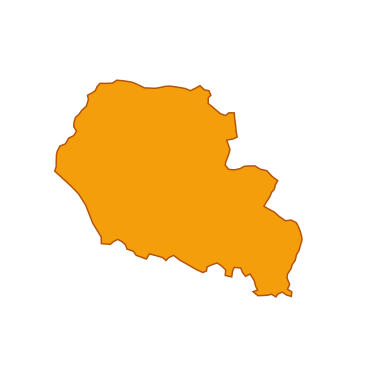 outline of Aramina, São Paulo, Brazil, rotated 304°
{"feature_id": "56859067B67671022850152", "entity_name": "Aramina", "entity_type": "district", "adm_level": 2, "iso_a3": "BRA", "parent_name": "Brazil", "parent_adm1": "São Paulo", "projection": "equal_earth", "projection_center": [-47.817, -20.156], "detail": "fine", "context": "isolated", "style": "filled", "palette": "amber", "viewbox_px": 384, "rotation_deg": 304, "n_neighbors": 0, "source": "geoboundaries", "source_scale": "gbopen_adm2", "svg_char_len": 1935}
<svg xmlns="http://www.w3.org/2000/svg" viewBox="0 0 384 384"><g transform="rotate(304 192 192)"><path d="M98.5,145.7L103.0,153.6L107.1,154.7L111.2,156.9L111.7,162.0L111.0,166.4L108.3,170.1L110.1,176.5L108.3,181.1L110.9,191.6L116.9,191.4L118.8,196.8L121.2,204.1L120.7,208.8L124.3,209.3L129.2,212.2L128.7,219.8L129.3,226.9L130.1,238.6L131.3,246.0L134.7,248.2L138.2,246.4L142.2,248.7L147.2,252.5L147.2,258.5L146.2,263.5L141.4,266.2L143.8,272.4L149.0,269.9L153.1,269.2L156.2,274.8L153.4,279.3L152.0,283.5L156.5,286.1L153.3,293.2L149.7,297.1L147.3,301.3L143.5,298.3L142.9,304.6L145.8,308.6L148.7,312.4L151.7,315.1L152.0,320.3L155.3,320.2L159.5,322.7L159.5,328.3L161.0,332.7L165.0,330.6L164.8,325.5L169.9,324.7L173.9,318.8L177.3,317.1L184.2,316.9L187.6,315.7L193.0,315.8L198.5,313.7L202.9,313.5L213.8,310.0L216.5,307.7L220.1,303.5L222.7,299.7L224.9,295.6L224.2,289.9L220.4,285.5L220.5,277.5L221.4,271.4L220.7,264.8L220.4,259.6L224.5,259.3L230.9,259.2L236.5,258.2L240.4,258.7L244.2,257.2L249.3,256.7L249.7,249.8L251.5,242.1L249.0,235.6L248.8,229.6L245.6,224.9L242.6,221.0L238.2,218.8L234.0,214.7L231.3,209.8L232.9,204.4L236.8,202.9L242.7,201.7L248.5,199.7L254.4,191.7L258.6,196.1L262.8,198.7L266.3,195.3L272.7,190.0L277.4,185.8L281.2,182.8L278.3,178.3L274.3,177.2L272.8,171.9L274.5,155.9L279.2,152.8L282.7,153.6L285.5,149.3L283.6,145.2L284.6,139.1L280.5,137.1L275.2,134.1L274.0,128.6L272.3,124.6L269.9,119.4L267.2,114.1L264.6,110.7L261.2,107.5L257.4,103.6L254.4,98.7L251.7,94.3L250.8,87.4L249.7,81.6L247.8,77.1L245.4,72.1L242.6,67.1L237.8,65.2L233.5,59.3L230.6,54.9L226.2,54.4L222.1,55.2L217.8,53.5L213.8,51.3L210.7,54.4L204.0,56.4L197.9,54.9L193.5,54.9L188.8,53.7L183.9,55.2L180.1,57.4L177.9,62.1L172.8,62.5L167.5,59.6L161.1,60.1L156.2,56.8L150.9,57.4L147.4,58.6L141.4,62.4L137.1,65.2L132.5,66.6L131.4,74.5L129.2,88.7L127.1,98.8L121.7,111.2L110.8,126.9L103.9,141.9L98.5,145.7Z" fill="#f59e0b" stroke="#b45309" stroke-width="1.5"/></g></svg>